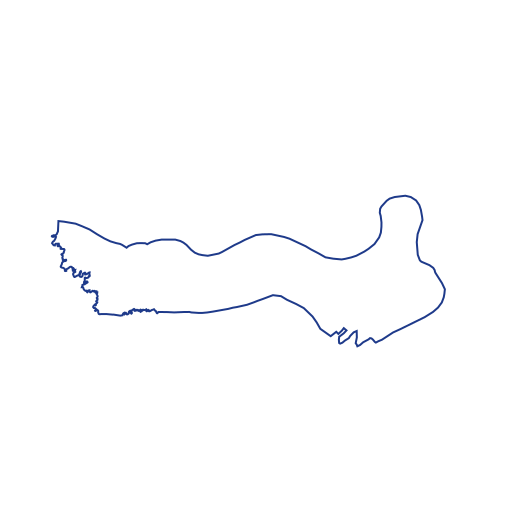 outline of Hadxaifong, Vientiane [prefecture], Laos, rotated 223°
{"feature_id": "54806243B62960887748037", "entity_name": "Hadxaifong", "entity_type": "district", "adm_level": 2, "iso_a3": "LAO", "parent_name": "Laos", "parent_adm1": "Vientiane [prefecture]", "projection": "equal_earth", "projection_center": [102.809, 17.911], "detail": "fine", "context": "isolated", "style": "outline", "palette": "blue", "viewbox_px": 512, "rotation_deg": 223, "n_neighbors": 0, "source": "geoboundaries", "source_scale": "gbopen_adm2", "svg_char_len": 6147}
<svg xmlns="http://www.w3.org/2000/svg" viewBox="0 0 512 512"><g transform="rotate(223 256 256)"><path d="M385.6,114.8L385.0,115.1L384.6,115.7L385.5,116.8L385.5,117.3L384.9,119.0L384.7,120.7L384.5,121.3L384.1,121.9L383.6,122.2L383.1,122.3L382.7,122.0L382.4,122.0L381.4,122.6L381.2,122.5L381.1,122.1L381.1,121.5L381.0,121.2L379.9,120.3L379.6,120.5L379.5,120.8L380.0,122.0L379.8,122.3L379.5,122.2L379.3,121.9L379.1,121.8L378.7,122.4L378.4,121.7L377.6,121.4L377.3,121.1L377.5,120.4L377.9,119.3L377.7,118.5L377.2,117.8L375.3,116.9L374.5,116.8L374.2,117.1L373.5,119.3L373.1,120.3L372.7,120.8L372.5,121.3L372.7,121.9L373.8,124.5L373.9,125.3L373.8,125.5L373.3,125.3L373.0,125.0L372.8,124.0L372.3,122.5L371.9,121.7L371.2,121.0L370.6,120.9L369.6,121.4L369.3,122.0L369.3,123.0L369.6,123.6L370.3,124.5L370.5,125.0L370.3,125.4L370.0,126.7L369.7,127.2L369.3,127.2L368.7,126.3L368.4,126.0L368.1,126.2L367.3,127.7L366.7,130.3L366.5,130.5L366.0,129.6L364.0,128.1L364.0,127.8L364.4,127.7L364.5,127.5L364.5,127.1L364.2,126.8L364.0,125.9L364.4,125.0L365.2,123.9L366.1,123.8L366.3,123.5L366.3,123.2L364.7,121.5L364.3,121.0L364.1,119.8L363.4,119.0L363.1,119.0L362.6,119.3L362.1,120.3L362.6,121.4L362.5,121.9L362.1,122.2L361.3,122.0L361.2,121.6L361.9,119.2L362.0,118.4L362.7,117.7L363.2,116.3L363.0,116.1L362.4,115.8L362.2,115.5L362.3,114.8L362.1,114.4L361.4,115.1L360.5,114.9L359.8,114.4L358.9,114.1L357.4,114.1L356.6,114.4L356.4,115.0L356.1,115.1L355.7,115.0L354.9,114.4L354.6,114.4L354.5,114.7L354.7,115.1L355.1,115.3L355.2,115.8L355.1,116.4L354.4,117.4L354.2,117.2L354.1,116.9L353.9,116.6L353.1,116.8L352.8,116.4L352.4,116.4L352.2,116.6L351.8,119.1L351.5,119.3L351.1,119.2L350.8,119.2L350.4,120.3L350.1,120.4L349.9,120.0L349.6,119.9L349.3,120.1L349.0,121.1L348.6,121.4L348.4,121.2L348.5,120.3L348.3,119.8L348.0,119.8L347.9,119.9L347.8,120.7L347.3,121.2L346.8,120.6L346.7,119.7L346.5,119.4L345.1,119.0L344.4,118.6L344.0,118.0L343.9,116.8L343.4,116.4L342.7,116.6L342.0,115.8L342.1,114.9L342.0,113.9L341.4,113.7L340.5,113.9L340.3,113.4L340.3,112.8L340.4,112.0L340.4,111.6L340.3,111.3L339.7,111.0L339.7,110.5L340.7,110.4L340.7,108.6L340.3,107.6L339.1,107.4L338.2,108.2L336.7,108.2L336.5,106.3L336.1,106.2L335.7,106.6L335.9,107.8L335.5,108.2L334.6,108.4L333.9,108.2L333.1,107.2L331.5,106.4L330.7,106.7L329.4,108.2L325.7,111.6L320.8,115.4L320.2,116.0L314.6,119.8L314.0,120.5L313.7,121.0L313.2,121.6L313.8,122.9L313.9,123.8L313.8,124.1L313.0,123.5L312.5,123.5L312.5,124.0L313.1,124.6L313.1,124.9L312.8,124.8L312.5,125.0L312.3,125.7L311.9,125.7L311.6,125.2L311.0,125.1L310.5,125.3L310.1,125.8L309.9,126.8L309.9,127.3L310.1,127.6L310.6,128.0L310.9,128.6L310.9,129.4L310.7,130.0L310.4,129.9L310.2,129.1L310.0,128.9L309.4,129.7L308.5,128.9L308.2,128.8L307.8,128.9L307.8,129.5L308.3,130.0L309.5,130.6L309.8,131.3L309.4,133.1L309.1,134.1L308.7,134.2L308.2,134.1L307.9,133.2L307.7,133.1L307.4,133.1L307.1,133.3L306.9,133.7L306.9,134.9L306.7,135.1L306.4,134.9L305.9,134.9L305.7,135.2L305.6,136.0L305.3,136.1L304.7,135.8L304.3,135.9L303.9,138.0L303.4,138.2L303.1,137.9L302.8,136.5L302.4,136.4L301.9,137.7L302.1,139.3L302.0,139.7L301.2,139.8L301.0,140.1L300.0,141.4L299.9,142.2L299.3,142.2L298.7,141.0L298.3,141.0L298.1,141.3L298.2,142.6L298.0,143.0L297.5,142.8L297.1,142.5L296.7,142.6L296.7,143.3L296.0,143.3L295.6,144.3L295.6,144.7L295.3,145.6L294.8,146.3L294.3,147.5L292.2,147.2L291.4,147.4L290.6,146.9L289.5,146.6L289.1,146.9L289.2,148.3L289.0,148.7L282.6,154.5L277.3,159.0L270.2,166.2L266.6,169.6L264.7,170.7L259.3,175.1L256.4,177.8L253.1,181.5L249.7,185.8L240.3,198.3L237.6,202.5L235.2,205.6L229.3,214.2L226.0,220.6L224.3,224.2L221.7,229.2L216.9,238.9L210.3,243.7L203.5,245.1L193.8,248.3L185.5,250.5L173.4,250.3L166.3,248.8L159.3,246.6L146.7,248.3L145.6,255.3L142.6,255.2L142.3,260.1L142.6,263.1L139.1,263.3L139.1,259.3L140.1,253.7L138.3,251.3L135.9,249.1L134.7,249.3L133.7,251.5L133.3,254.8L132.1,259.2L132.6,261.8L132.5,266.8L131.2,269.8L126.7,265.2L123.6,260.2L121.9,259.9L120.3,259.1L119.2,261.9L118.8,266.0L116.8,271.8L116.6,273.7L115.3,274.5L113.5,274.6L110.5,274.2L109.3,274.4L108.4,277.1L106.8,280.6L103.6,293.6L100.7,300.6L90.9,326.4L88.4,335.8L87.7,342.4L88.4,348.7L90.5,353.8L92.5,356.9L95.2,360.5L101.5,363.0L113.1,366.0L114.3,366.5L115.7,367.5L118.3,368.2L122.9,367.6L131.2,364.6L133.2,364.6L138.5,367.2L147.9,375.8L152.7,382.2L158.7,395.8L161.3,398.0L166.9,402.2L171.3,404.6L176.8,405.8L183.0,404.7L187.9,401.9L194.8,393.7L197.4,389.1L198.1,385.5L198.0,377.7L197.4,375.2L194.9,372.0L192.2,370.4L187.1,366.1L184.1,362.8L180.6,358.2L178.6,353.6L177.5,345.5L178.6,338.0L179.8,333.1L182.8,324.6L185.4,319.9L188.8,314.8L191.0,311.9L197.7,306.7L204.3,302.4L212.0,300.6L220.3,298.3L226.4,297.0L243.3,291.5L248.4,289.1L259.8,282.3L265.9,276.4L270.4,271.2L275.2,260.1L277.0,254.9L279.2,249.4L283.6,235.7L284.9,232.4L291.4,223.3L295.8,220.1L299.1,218.1L303.0,216.7L307.8,216.3L314.4,216.7L318.2,216.3L321.5,215.4L326.3,212.9L336.3,203.5L339.9,198.8L342.4,194.2L343.6,190.4L345.7,189.8L349.0,186.9L351.9,184.0L354.5,179.7L356.0,176.4L356.3,173.8L361.6,172.8L363.7,172.1L367.0,170.1L372.5,167.4L378.8,165.4L387.1,163.5L395.8,161.9L404.1,158.9L410.0,156.6L419.9,150.1L424.3,146.8L417.6,138.9L416.9,136.7L416.6,136.0L416.7,134.9L417.0,134.2L418.3,133.0L418.5,132.1L418.9,131.6L418.8,131.2L418.5,131.1L417.7,131.4L417.2,131.9L416.6,133.1L416.0,133.6L415.3,133.6L414.6,132.0L414.0,129.5L414.3,127.9L413.9,126.3L411.8,125.9L411.0,126.0L410.3,126.6L410.7,127.1L410.9,128.2L408.7,130.5L408.4,130.4L408.2,130.1L408.2,128.2L407.6,128.0L407.3,128.2L407.1,128.9L406.8,129.4L406.2,129.2L405.1,129.3L404.5,129.2L404.2,128.4L403.8,128.0L403.3,128.2L402.8,129.0L402.0,129.4L401.3,130.1L401.1,130.2L400.5,130.1L399.9,129.4L399.5,128.1L399.0,127.6L398.8,127.0L398.8,126.5L399.2,125.7L399.4,124.5L398.8,124.3L398.4,124.7L398.0,124.7L397.1,123.9L396.5,122.9L396.4,122.5L395.2,122.1L395.0,121.6L394.6,121.3L394.1,121.1L392.9,123.1L392.3,123.7L391.9,123.4L391.8,122.6L392.3,121.9L392.9,121.3L393.2,120.2L393.3,119.4L393.2,118.8L392.4,117.5L391.7,115.2L391.3,114.9L390.7,114.9L389.9,115.2L388.8,115.9L387.4,116.1L386.6,115.7L385.6,114.8Z" fill="none" stroke="#1e3a8a" stroke-width="2"/></g></svg>